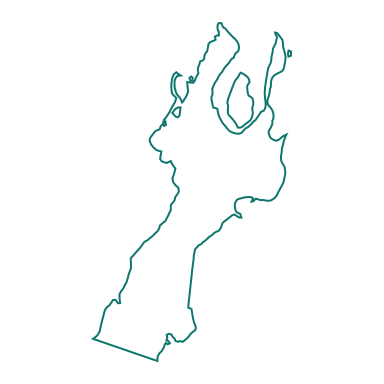 outline of Godofredo Viana, Maranhão, Brazil
{"feature_id": "56859067B50011400065460", "entity_name": "Godofredo Viana", "entity_type": "district", "adm_level": 2, "iso_a3": "BRA", "parent_name": "Brazil", "parent_adm1": "Maranhão", "projection": "robinson", "projection_center": [-45.732, -1.359], "detail": "fine", "context": "isolated", "style": "outline", "palette": "teal", "viewbox_px": 384, "rotation_deg": 0, "n_neighbors": 0, "source": "geoboundaries", "source_scale": "gbopen_adm2", "svg_char_len": 5477}
<svg xmlns="http://www.w3.org/2000/svg" viewBox="0 0 384 384"><path d="M157.4,361.0L157.4,358.7L157.6,356.7L159.3,353.4L161.7,351.1L163.9,347.3L164.8,344.4L166.0,342.8L167.5,344.3L169.8,343.4L168.7,341.3L166.4,340.2L167.3,338.1L166.7,334.9L168.8,333.8L171.4,334.5L172.7,336.9L174.7,338.8L175.5,341.0L178.2,341.8L180.3,341.0L182.7,341.9L186.6,338.7L188.6,336.7L191.2,333.2L195.2,330.1L195.9,328.1L195.2,325.1L193.9,322.0L192.8,317.1L192.2,313.4L191.8,311.0L191.5,309.0L188.3,307.7L188.5,303.9L188.9,300.7L192.3,269.1L193.5,260.0L193.9,254.8L195.2,249.1L197.2,247.0L198.7,245.3L201.2,244.2L202.9,242.1L205.0,240.9L207.5,238.5L209.3,236.8L211.1,235.7L212.8,234.3L214.4,232.8L216.5,231.6L218.3,231.2L220.5,228.6L221.5,225.9L222.4,223.2L224.0,221.6L228.2,218.5L232.0,215.4L234.0,214.5L236.3,215.7L238.5,217.3L241.3,217.6L240.2,213.9L238.3,213.1L236.5,212.1L235.5,210.1L234.9,207.2L234.8,204.2L235.4,202.2L237.3,199.5L239.4,198.7L241.1,198.3L242.8,197.8L246.4,197.1L251.1,197.1L253.0,198.2L251.6,201.6L253.5,201.1L255.6,198.8L258.0,199.2L260.6,200.2L262.7,199.9L266.2,200.6L268.9,200.8L271.2,200.3L274.3,198.3L276.6,195.7L278.0,192.7L282.1,185.1L283.6,181.8L284.2,178.9L285.2,174.4L285.3,171.8L285.0,169.8L284.6,166.9L281.8,162.2L281.1,160.2L280.9,157.8L281.2,154.7L281.7,152.4L281.9,148.7L282.4,146.5L283.1,144.7L283.6,141.8L285.2,137.0L286.4,134.6L283.3,136.0L280.8,138.0L279.0,139.7L276.3,140.7L273.6,139.9L271.3,138.5L269.8,136.7L269.2,134.7L268.6,132.8L268.8,130.8L271.0,127.3L272.5,123.3L272.2,121.1L273.3,118.6L273.6,115.4L273.3,113.5L272.6,110.9L271.1,108.4L268.8,105.7L267.7,104.1L267.4,101.5L267.8,98.6L269.0,95.5L269.6,92.5L269.9,89.4L270.8,86.7L270.9,83.8L271.1,81.3L271.8,78.7L272.9,76.8L274.8,75.0L277.3,73.5L280.3,72.1L282.4,70.9L283.7,68.5L284.3,66.1L284.7,63.6L285.2,61.3L285.5,58.6L285.5,56.2L285.0,53.9L284.2,50.6L283.4,48.1L283.0,45.2L282.8,41.9L282.4,39.8L280.6,37.6L278.8,34.9L276.9,32.9L275.1,32.6L275.9,35.0L277.0,36.8L276.6,39.0L276.1,41.2L275.5,43.8L274.0,46.6L272.9,48.8L272.7,51.7L271.9,55.1L271.4,57.6L271.2,60.7L270.5,63.4L269.5,65.3L268.4,67.5L267.7,70.6L266.8,75.7L266.0,81.0L265.2,86.3L264.9,90.0L264.7,93.7L265.1,98.9L265.6,102.1L265.7,105.9L265.0,108.5L263.7,110.7L260.8,112.0L259.0,115.0L255.3,120.3L253.7,121.3L251.9,123.5L249.6,125.7L247.8,127.2L245.5,128.4L243.4,130.7L241.6,132.8L239.2,133.7L236.1,133.5L233.9,133.0L231.9,132.2L229.8,131.3L228.4,129.9L227.0,128.4L225.7,126.5L223.9,124.6L222.0,122.1L220.7,119.5L219.5,117.4L218.8,115.4L217.8,111.7L217.4,108.8L215.4,108.0L213.3,107.6L212.7,105.5L212.3,103.3L211.5,99.3L211.4,97.1L212.5,94.5L212.5,91.6L212.3,88.8L213.3,86.3L214.2,84.2L216.5,80.3L217.7,78.4L218.6,76.5L220.2,74.0L222.2,71.8L223.7,69.2L225.2,66.9L226.8,65.2L228.9,63.0L230.5,60.3L232.2,58.5L233.8,57.6L234.4,55.7L235.6,53.3L238.3,51.1L239.1,47.6L238.5,44.2L237.3,41.8L236.0,40.1L234.6,38.6L232.8,37.0L230.9,35.0L229.1,33.1L227.8,31.7L226.4,29.7L225.2,28.4L223.5,27.6L222.3,25.7L221.6,23.3L218.8,23.0L217.6,25.2L217.5,27.6L217.7,29.6L218.8,32.0L218.9,35.5L216.5,35.6L214.9,36.7L215.6,39.7L213.1,41.0L210.3,42.0L208.4,44.1L208.0,47.3L207.1,51.4L205.7,53.0L204.4,55.6L204.1,58.9L202.5,60.7L200.2,61.3L199.3,64.7L198.2,67.1L197.8,70.3L198.4,73.2L196.7,76.2L195.6,78.4L195.0,80.5L193.1,82.8L190.6,82.5L187.2,82.1L187.4,84.8L188.1,91.6L186.9,94.8L186.1,96.6L184.2,99.5L183.4,101.2L182.0,102.4L181.3,100.4L180.0,97.9L176.5,93.8L175.5,90.6L174.7,87.8L174.5,83.5L174.7,80.5L175.5,78.3L177.3,76.0L180.7,75.5L178.2,74.0L176.3,72.3L173.7,74.3L172.3,78.1L171.4,83.2L171.3,88.3L171.7,91.6L172.1,93.5L173.5,95.2L176.3,97.9L175.0,102.2L172.9,105.6L170.8,109.5L169.7,111.8L167.1,115.8L165.2,118.6L163.9,119.8L163.0,123.8L160.8,126.1L159.7,129.2L157.6,130.1L155.4,131.1L153.1,133.9L151.2,136.4L150.0,138.5L149.6,140.7L151.0,144.3L153.1,147.0L155.0,148.9L156.8,150.1L158.7,150.8L161.4,151.5L160.4,156.6L160.2,159.2L161.6,161.1L163.1,162.0L166.7,162.9L168.9,161.9L170.8,161.1L171.7,163.2L173.1,165.5L175.4,168.5L174.0,174.1L172.4,178.2L173.3,182.5L176.1,185.8L178.1,187.4L178.6,189.4L178.8,191.6L177.9,193.5L176.5,195.3L175.1,197.5L174.5,200.5L172.9,202.4L170.8,205.0L170.8,210.3L169.4,212.7L168.2,215.5L166.5,218.6L165.7,220.6L159.9,225.5L159.2,228.6L157.3,231.3L153.0,235.6L147.6,240.1L144.4,241.9L141.9,245.3L140.0,247.9L135.7,252.6L132.7,256.2L130.7,258.2L131.0,264.6L131.0,268.0L128.6,274.7L127.9,277.7L126.3,282.8L125.1,284.7L123.6,287.9L121.2,291.1L119.5,294.1L119.6,299.4L120.2,302.9L118.0,303.3L115.6,299.9L113.0,300.0L109.4,305.4L107.0,307.1L105.4,309.3L104.4,311.7L103.7,314.4L102.9,317.6L101.2,324.3L99.7,331.3L97.9,334.7L95.9,336.7L93.0,338.8L105.7,343.2L157.4,361.0ZM180.6,107.5L179.4,115.9L177.7,117.3L175.5,116.5L172.3,113.0L174.9,109.3L178.1,107.4L180.6,107.5ZM163.0,123.8L165.4,121.6L166.0,125.0L164.1,125.9L163.0,123.8ZM240.4,127.6L242.6,126.5L244.5,124.8L246.5,123.2L248.8,121.7L250.4,120.2L251.8,117.7L252.9,113.4L252.5,110.7L252.3,107.8L253.3,104.2L253.2,101.4L252.6,98.7L250.9,96.9L248.7,95.7L247.8,93.2L247.2,88.1L247.2,86.1L248.2,84.1L249.5,82.3L249.1,79.7L248.0,77.6L246.2,75.9L243.1,73.8L240.7,72.7L239.4,74.3L238.2,76.9L236.5,78.9L235.3,80.5L234.1,82.9L230.6,92.1L228.1,98.9L227.3,102.7L228.0,105.1L228.1,107.2L227.8,109.8L227.9,113.0L228.8,115.2L230.9,117.3L232.8,119.4L234.3,121.3L235.9,123.6L236.8,125.5L238.0,127.7L240.4,127.6ZM291.0,55.7L290.9,51.4L288.6,50.6L287.9,53.8L288.5,56.6L291.0,55.7ZM192.6,77.6L191.1,76.5L189.4,78.0L190.2,80.3L192.6,80.6L192.6,77.6Z" fill="none" stroke="#0f766e" stroke-width="2"/></svg>